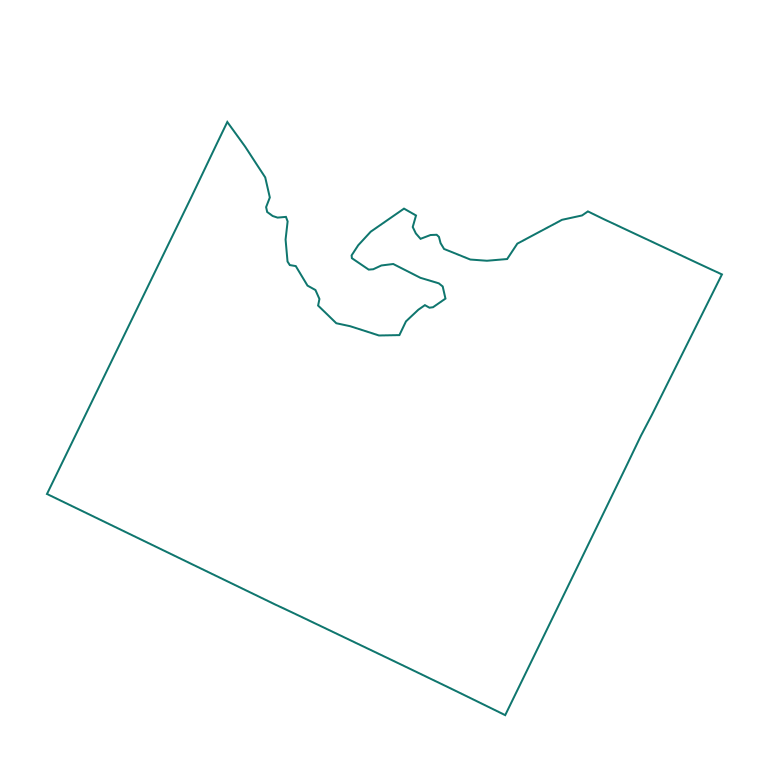 the district of Hillsborough, Florida, United States of America, rotated 116°
{"feature_id": "52423323B74651487208839", "entity_name": "Hillsborough", "entity_type": "district", "adm_level": 2, "iso_a3": "USA", "parent_name": "United States of America", "parent_adm1": "Florida", "projection": "robinson", "projection_center": [-82.445, 27.909], "detail": "fine", "context": "isolated", "style": "outline", "palette": "teal", "viewbox_px": 768, "rotation_deg": 116, "n_neighbors": 0, "source": "geoboundaries", "source_scale": "gbopen_adm2", "svg_char_len": 1138}
<svg xmlns="http://www.w3.org/2000/svg" viewBox="0 0 768 768"><g transform="rotate(116 384 384)"><path d="M139.5,276.4L145.7,279.9L158.4,296.0L199.4,325.7L217.7,328.1L228.1,345.5L234.3,361.0L236.3,389.2L232.6,394.9L227.7,399.1L226.8,402.1L229.7,407.5L237.5,414.8L234.7,421.4L230.3,427.0L218.5,429.1L217.6,442.9L252.9,462.7L270.6,468.0L282.6,469.5L285.0,468.0L287.9,447.9L285.6,444.0L278.6,438.3L272.1,428.3L272.6,397.8L269.5,378.9L270.6,374.0L280.3,366.2L293.5,373.6L295.5,376.6L295.2,381.8L302.2,385.7L313.8,390.1L318.1,391.7L333.3,391.6L342.6,409.8L346.9,439.8L350.3,453.5L350.2,453.8L342.4,477.6L335.9,479.3L329.6,486.8L329.1,495.9L316.7,515.0L318.4,520.8L316.2,524.4L297.3,535.8L280.1,541.9L276.8,545.4L281.1,552.6L281.8,557.7L280.6,564.4L276.7,567.5L268.5,568.2L266.4,568.4L250.4,581.3L242.0,595.4L231.5,612.9L217.2,639.7L241.5,639.6L300.4,639.1L630.6,638.7L629.9,385.5L629.6,366.8L629.6,366.7L629.4,341.8L628.7,250.1L628.4,186.4L628.5,129.9L587.6,129.9L460.6,130.0L349.7,130.2L336.1,130.3L318.0,130.4L294.0,129.7L283.4,129.6L137.4,128.3L137.9,155.7L139.5,258.7L139.5,276.4Z" fill="none" stroke="#0f766e" stroke-width="2"/></g></svg>